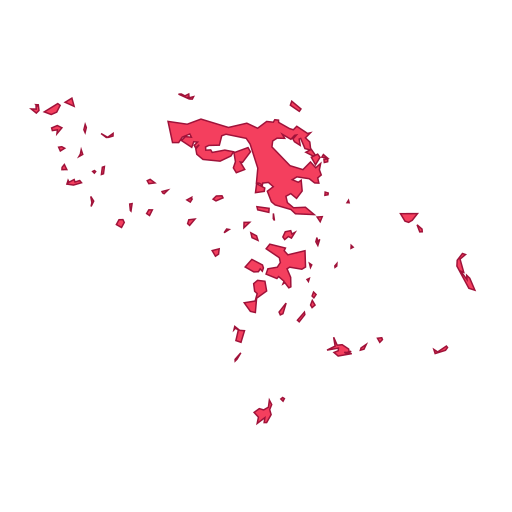 Dahlak, Semenawi Keyih Bahri, Eritrea, rotated 177°
{"feature_id": "51966322B75113483561318", "entity_name": "Dahlak", "entity_type": "district", "adm_level": 2, "iso_a3": "ERI", "parent_name": "Eritrea", "parent_adm1": "Semenawi Keyih Bahri", "projection": "mercator", "projection_center": [40.14, 15.965], "detail": "fine", "context": "isolated", "style": "filled", "palette": "rose", "viewbox_px": 512, "rotation_deg": 177, "n_neighbors": 0, "source": "geoboundaries", "source_scale": "gbopen_adm2", "svg_char_len": 6197}
<svg xmlns="http://www.w3.org/2000/svg" viewBox="0 0 512 512"><g transform="rotate(177 256 256)"><path d="M217.3,344.4L234.4,364.1L233.3,370.0L228.8,372.6L221.2,372.0L223.4,376.2L215.0,370.7L211.1,374.5L209.3,374.7L213.0,370.9L211.6,368.1L206.1,364.2L206.8,370.5L205.2,371.1L201.5,360.7L196.3,359.1L200.8,357.0L193.5,352.7L191.7,354.0L195.9,360.7L196.3,367.0L200.5,371.4L195.2,376.2L198.1,375.7L208.5,383.4L212.1,380.1L215.9,381.5L226.4,388.2L226.4,390.5L230.1,391.1L231.7,388.7L238.3,389.8L247.7,383.5L258.2,389.1L276.8,385.8L303.8,395.6L317.8,391.2L336.8,395.0L333.4,373.6L327.3,373.3L323.4,378.6L315.7,381.3L314.3,378.0L320.2,378.9L324.4,375.2L314.5,367.9L312.2,373.4L308.4,372.8L311.9,369.8L310.7,367.2L306.9,370.1L310.5,366.0L309.8,360.7L303.9,355.2L286.9,352.6L275.8,357.2L273.0,361.3L281.6,363.4L294.3,361.7L295.7,364.3L300.6,364.3L300.7,367.5L297.3,368.9L286.8,368.6L283.9,377.9L279.6,379.2L259.6,374.0L256.0,368.1L249.6,343.6L251.8,328.6L250.3,328.8L248.7,328.4L247.6,327.7L246.0,326.2L245.4,328.5L239.7,328.8L235.1,324.3L241.3,320.1L237.8,309.4L234.2,306.0L218.7,300.6L214.4,296.1L195.7,294.3L204.1,302.1L216.0,302.2L221.9,307.7L223.0,314.1L218.0,316.5L212.5,311.4L206.5,318.5L206.9,329.3L209.9,327.4L215.8,330.3L211.0,332.9L198.8,330.4L193.6,325.9L189.4,325.5L190.3,330.8L186.6,333.5L188.2,338.8L186.6,345.0L191.7,341.0L196.7,347.0L204.6,339.8L217.3,344.4ZM228.5,227.8L224.9,222.5L222.8,223.4L222.5,232.9L225.7,241.6L223.0,243.1L210.9,240.4L207.1,242.4L206.8,258.7L224.1,255.5L227.6,259.8L226.2,262.4L241.6,267.1L245.5,262.7L232.8,253.1L232.0,248.2L235.3,243.7L244.8,242.6L246.9,237.4L236.3,232.4L234.5,234.3L229.3,229.3L230.5,226.7L228.5,227.8ZM270.2,209.9L264.5,201.0L259.6,199.6L257.6,213.8L247.2,220.5L248.4,230.3L255.7,231.6L259.8,228.5L259.2,220.9L256.8,218.4L259.2,211.1L270.2,209.9ZM271.3,340.2L262.7,343.0L266.8,350.7L264.6,350.2L256.1,360.3L258.3,364.7L272.6,360.3L271.6,351.2L274.0,345.2L271.3,340.2ZM256.6,89.2L254.1,89.1L249.2,96.8L250.4,101.9L248.1,106.8L250.2,111.4L251.5,104.4L256.4,101.9L260.7,103.4L266.1,99.9L262.0,94.9L263.6,88.7L255.6,94.1L256.6,89.2ZM179.2,151.8L165.4,153.5L170.8,153.8L172.9,155.2L167.7,154.7L166.0,155.9L169.8,155.1L168.0,155.5L168.4,158.3L174.6,162.9L179.6,162.7L182.7,170.8L181.7,161.9L190.0,158.3L178.5,159.7L178.8,157.1L183.2,155.6L179.2,151.8ZM45.1,212.6L39.2,210.4L43.7,222.6L46.6,225.7L46.5,221.4L52.4,230.2L49.4,228.8L52.4,242.2L46.7,246.5L49.7,247.7L55.3,241.2L55.9,235.4L45.1,212.6ZM259.0,240.2L254.4,240.2L252.5,242.9L250.5,240.5L249.2,243.7L250.0,246.7L260.3,252.8L267.4,245.6L259.0,240.2ZM101.8,281.6L98.1,283.5L92.5,289.9L109.5,290.7L105.4,283.0L101.8,281.6ZM453.1,408.0L447.5,410.1L443.7,416.7L446.0,418.6L459.9,411.0L453.1,408.0ZM280.5,172.6L275.5,170.6L271.4,182.0L276.2,182.6L280.9,186.8L281.9,183.4L280.2,185.0L277.5,183.0L280.5,172.6ZM253.2,319.3L244.4,320.1L243.7,323.4L251.6,328.2L253.2,319.3ZM228.2,273.6L226.5,270.9L222.6,273.8L219.7,272.0L215.8,277.6L219.0,276.1L220.0,279.5L225.5,278.7L228.2,273.6ZM251.9,302.0L240.9,298.9L240.4,302.9L252.5,305.2L251.9,302.0ZM390.9,299.4L393.8,294.7L388.8,291.5L385.8,296.4L387.0,299.3L390.9,299.4ZM213.8,404.8L205.2,398.2L203.4,400.5L212.2,408.7L213.8,404.8ZM191.8,344.0L186.9,351.2L189.1,354.5L195.6,351.7L191.8,344.0ZM447.7,392.4L448.4,388.5L443.1,394.2L447.6,396.7L453.4,394.6L452.8,391.9L447.7,392.4ZM438.6,419.5L429.8,415.0L431.6,423.3L438.6,419.5ZM296.5,257.9L293.3,259.8L292.4,265.1L299.5,263.7L296.5,257.9ZM433.6,341.9L440.6,338.7L439.0,339.8L439.7,341.4L441.1,337.7L434.5,336.4L426.4,338.3L428.1,340.6L432.9,339.4L433.6,341.9ZM228.4,207.4L235.9,198.8L234.8,195.9L232.1,197.0L228.4,207.4ZM314.5,416.3L311.4,416.0L310.0,418.4L315.0,417.4L316.9,418.1L314.5,417.9L314.7,421.3L318.6,419.6L322.1,421.7L324.9,421.7L314.5,416.3ZM253.2,271.5L254.4,276.1L259.9,279.4L259.0,274.5L253.2,271.5ZM82.2,149.2L71.7,151.9L69.5,154.6L70.6,156.1L79.6,150.7L83.3,153.4L82.2,149.2ZM295.9,315.0L293.1,313.1L285.9,315.8L286.8,317.9L292.5,318.0L295.9,315.0ZM363.0,304.1L360.2,302.0L357.1,307.5L360.6,307.7L363.0,304.1ZM210.6,197.4L218.0,189.7L216.3,188.0L210.3,194.9L210.6,197.4ZM472.8,414.6L467.9,410.2L465.1,412.7L465.5,418.4L467.5,418.6L465.7,417.0L467.8,417.7L467.8,414.2L472.8,414.6ZM202.1,208.7L204.1,204.2L202.7,201.5L199.6,203.9L202.1,208.7ZM447.4,375.0L445.9,371.1L441.4,373.6L444.2,375.3L447.4,375.0ZM266.2,290.2L266.6,284.8L260.5,290.0L266.2,290.2ZM417.9,324.1L417.1,317.9L418.1,314.1L415.2,319.3L417.9,324.1ZM322.6,291.9L320.7,290.0L315.0,296.1L321.2,295.7L322.6,291.9ZM360.7,336.9L359.2,333.8L353.1,334.3L357.7,338.1L360.7,336.9ZM399.3,382.2L397.0,382.2L392.5,383.3L392.3,385.9L398.0,382.3L404.3,386.4L399.3,382.2ZM195.5,267.1L193.7,263.3L191.5,269.3L193.7,267.2L194.2,271.2L195.5,267.1ZM200.4,217.0L202.1,213.1L200.4,211.2L198.0,214.4L200.4,217.0ZM91.2,271.5L88.7,271.5L88.8,274.2L93.5,278.7L91.2,271.5ZM192.9,291.7L190.1,286.9L187.8,291.8L192.9,291.7ZM156.7,156.5L153.0,157.3L150.5,162.0L155.9,158.7L156.7,156.5ZM445.3,352.4L440.4,352.2L442.6,357.4L445.0,354.7L445.3,352.4ZM379.4,314.5L379.1,308.1L378.5,307.4L377.0,314.8L379.4,314.5ZM139.0,167.5L136.9,163.3L134.1,165.9L134.7,167.8L139.0,167.5ZM406.1,345.5L404.0,346.1L402.7,353.3L404.8,352.7L406.1,345.5ZM425.0,371.3L426.1,366.9L427.6,364.6L423.7,366.5L425.0,371.3ZM419.7,396.3L421.3,391.1L420.2,388.2L418.7,393.2L419.7,396.3ZM322.1,315.6L318.8,313.3L316.4,316.7L317.6,315.7L317.1,318.0L322.1,315.6ZM283.9,284.5L286.6,280.9L281.4,283.9L283.9,284.5ZM235.7,290.5L236.4,297.6L236.8,292.4L235.7,290.5ZM182.9,345.8L179.5,346.4L179.2,349.0L183.1,349.1L182.9,345.8ZM340.5,326.5L346.5,325.3L345.9,323.9L344.5,323.0L340.5,326.5ZM185.1,351.3L179.6,350.2L183.4,353.8L185.1,351.3ZM238.7,111.9L236.6,109.6L235.1,112.1L236.8,113.3L238.7,111.9ZM184.0,313.0L180.9,313.4L180.6,315.1L183.6,316.2L184.0,313.0ZM160.7,306.8L162.3,304.5L160.2,304.3L160.7,306.8ZM203.9,230.9L206.3,229.9L205.0,227.8L203.9,230.9ZM276.2,160.1L282.3,153.9L282.3,152.2L280.3,154.0L276.2,160.1ZM158.5,259.7L160.4,261.7L160.7,258.7L158.5,259.7ZM413.1,347.2L411.7,348.7L412.8,349.8L414.7,349.0L413.1,347.2ZM200.8,244.2L203.0,245.9L202.2,241.7L200.8,244.2ZM175.6,244.3L177.8,242.0L177.7,240.5L175.9,241.7L175.6,244.3Z" fill="#f43f5e" stroke="#9f1239" stroke-width="1.5"/></g></svg>